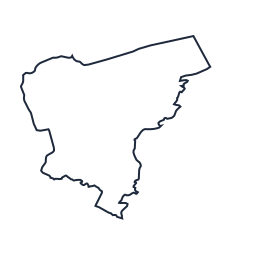 SVG path tracing the border of Cavally, rotated 256°
{"feature_id": "CIV-3459", "entity_name": "Cavally", "entity_type": "Department", "adm_level": 1, "iso_a3": "CIV", "parent_name": "Ivory Coast", "parent_adm1": "", "projection": "equal_earth", "projection_center": [-7.856, 6.298], "detail": "fine", "context": "isolated", "style": "outline", "palette": "slate", "viewbox_px": 256, "rotation_deg": 256, "n_neighbors": 0, "source": "natural_earth", "source_scale": "10m", "svg_char_len": 3379}
<svg xmlns="http://www.w3.org/2000/svg" viewBox="0 0 256 256"><g transform="rotate(256 128 128)"><path d="M49.2,91.0L50.6,88.7L58.2,80.7L60.2,77.6L60.9,78.0L71.2,86.8L72.2,87.3L72.9,87.4L74.1,86.2L74.9,85.7L76.3,85.1L77.0,84.9L79.5,82.2L80.3,81.7L80.4,80.8L80.3,80.2L80.3,79.4L80.3,78.6L80.5,77.7L80.5,76.9L80.3,75.8L80.5,75.5L81.6,75.7L82.2,75.6L82.7,75.4L83.7,75.2L84.1,74.8L84.1,73.8L83.4,71.9L83.3,71.3L83.6,70.5L85.7,68.8L86.3,68.7L86.6,69.2L86.6,69.8L86.8,70.3L87.2,70.6L87.8,70.5L88.5,70.0L89.3,68.9L89.7,67.3L90.1,64.5L90.1,63.1L90.3,62.5L91.6,61.3L92.1,60.2L92.7,59.8L94.0,58.8L94.9,57.8L95.8,57.2L96.4,56.9L96.8,56.5L96.9,55.6L95.9,52.2L95.6,51.7L95.3,51.6L94.9,51.5L94.8,51.0L94.8,50.3L95.0,49.4L95.8,47.0L96.3,45.1L95.9,44.2L96.1,43.7L96.9,43.3L97.4,42.8L97.9,41.9L98.2,41.2L98.5,40.7L99.0,40.9L99.9,40.7L101.1,39.8L105.2,34.5L107.6,33.4L110.3,35.0L110.8,35.4L111.6,36.3L113.8,39.0L114.7,39.8L115.5,40.2L117.0,40.5L119.5,41.5L120.3,42.1L120.8,42.7L121.3,44.0L122.5,48.5L122.9,49.4L123.9,50.7L125.4,51.1L127.1,51.3L144.6,50.9L146.0,50.5L146.5,43.2L146.6,42.2L148.0,38.9L154.7,37.6L165.7,37.5L166.8,37.3L169.8,36.2L179.6,34.0L181.0,34.1L181.7,34.1L185.2,35.3L193.2,34.2L194.3,34.2L194.8,34.6L197.4,36.9L198.9,37.7L203.9,38.9L204.6,38.9L206.1,42.0L205.9,43.5L205.5,44.2L205.1,45.0L204.7,46.6L204.7,47.7L204.9,48.8L205.3,50.0L205.7,50.8L206.1,51.4L206.6,51.7L208.7,52.7L209.4,53.5L210.2,54.4L211.5,56.6L212.1,58.0L212.5,59.7L214.3,71.7L214.3,72.6L214.1,73.3L213.9,74.0L213.7,74.7L213.5,76.6L213.8,80.6L210.5,87.3L210.2,89.7L210.5,90.3L211.5,91.3L210.6,91.4L207.8,92.3L207.3,92.6L205.7,93.9L205.4,94.2L204.1,96.9L203.7,97.4L203.3,97.8L202.8,98.1L202.4,98.3L201.7,98.7L200.8,99.4L199.6,100.8L199.1,105.2L199.6,123.8L201.0,151.5L202.2,157.5L202.7,170.1L201.4,213.7L169.4,222.0L167.5,222.6L166.1,218.9L164.2,207.8L164.2,202.6L164.9,196.7L164.5,191.8L161.1,189.8L160.8,194.0L160.3,196.3L159.4,197.4L158.4,196.5L157.9,194.6L157.2,192.7L155.6,192.3L155.9,189.9L155.2,190.4L153.9,191.8L152.7,192.6L151.9,192.1L150.5,189.7L149.7,188.8L150.6,187.4L150.0,186.4L147.8,185.1L147.5,185.0L145.3,183.4L145.2,182.9L143.3,182.5L141.8,180.9L140.6,179.1L139.9,178.4L138.8,180.2L137.6,183.0L136.1,184.0L134.2,180.5L133.0,178.8L128.8,175.9L127.5,173.6L127.3,172.6L127.4,168.6L127.7,167.9L128.6,167.2L128.8,166.5L128.6,165.6L128.1,165.2L127.5,165.0L127.2,164.5L126.8,161.3L126.4,160.0L125.4,158.7L124.4,158.6L123.1,159.1L122.1,159.8L122.1,160.5L120.9,158.5L120.7,155.7L120.9,152.5L121.4,149.5L122.8,144.1L122.5,142.2L120.9,139.5L116.3,134.5L115.9,133.8L115.6,132.1L115.4,131.7L114.8,131.4L114.3,131.6L113.8,131.8L113.3,131.7L106.5,129.6L104.8,128.0L103.0,127.4L100.2,127.5L95.3,128.4L94.1,129.1L91.7,130.9L90.3,131.3L88.6,131.4L87.7,131.0L87.0,130.3L85.9,129.4L84.6,128.7L76.5,126.3L75.6,125.8L75.4,125.2L75.4,124.3L75.3,123.1L74.8,122.0L74.0,121.4L73.6,121.8L73.2,122.5L72.7,122.6L71.6,121.2L70.6,119.7L69.5,119.1L68.1,120.6L67.0,120.0L65.7,119.9L64.5,120.6L63.3,122.0L62.1,120.4L62.5,119.5L63.4,118.8L63.9,117.5L63.7,116.4L62.8,113.8L62.6,112.5L63.1,110.2L63.9,109.3L64.0,108.5L62.7,106.4L59.4,104.0L58.2,101.9L57.5,101.3L57.0,102.5L56.5,105.1L55.7,107.7L54.4,109.2L52.5,108.3L49.4,102.7L48.2,101.3L47.0,100.8L44.5,100.9L43.4,100.6L41.7,100.5L44.3,96.1L44.7,95.8L46.0,95.5L46.5,95.1L46.7,94.5L47.2,92.6L47.1,92.3L48.9,91.0L49.2,91.0Z" fill="none" stroke="#1e293b" stroke-width="2"/></g></svg>